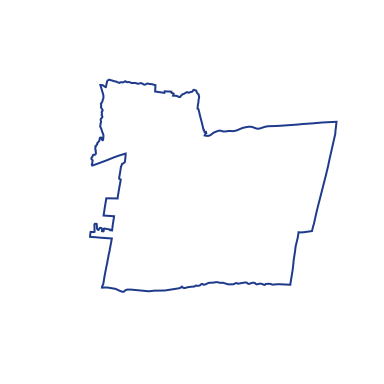 Bac Lieu, Bạc Liêu, Vietnam (orthographic projection), rotated 25°
{"feature_id": "81297802B6284379291034", "entity_name": "Bac Lieu", "entity_type": "district", "adm_level": 2, "iso_a3": "VNM", "parent_name": "Vietnam", "parent_adm1": "Bạc Liêu", "projection": "orthographic", "projection_center": [105.722, 9.268], "detail": "fine", "context": "isolated", "style": "outline", "palette": "blue", "viewbox_px": 384, "rotation_deg": 25, "n_neighbors": 0, "source": "geoboundaries", "source_scale": "gbopen_adm2", "svg_char_len": 5920}
<svg xmlns="http://www.w3.org/2000/svg" viewBox="0 0 384 384"><g transform="rotate(25 192 192)"><path d="M320.3,234.5L319.8,233.1L316.4,220.9L315.2,217.1L312.8,210.3L310.4,202.0L309.0,197.9L307.1,188.6L305.6,183.4L307.0,183.0L310.2,181.3L317.2,176.7L316.0,170.0L316.0,169.5L313.9,160.2L311.9,150.3L311.1,145.8L310.8,144.3L306.4,120.9L304.5,111.5L302.7,103.8L297.2,78.4L296.6,77.1L293.3,67.3L281.7,73.4L274.7,77.4L273.1,78.4L264.3,83.2L258.9,86.4L243.6,94.9L238.8,97.4L233.4,100.1L231.3,101.5L229.0,103.5L227.9,104.6L226.9,105.5L226.3,106.0L225.6,106.4L224.7,106.9L223.8,107.2L222.9,107.3L219.3,107.6L218.5,107.8L217.5,108.1L216.3,108.6L215.5,109.1L214.0,110.1L211.2,112.2L210.0,113.4L207.1,116.6L206.1,117.6L205.0,118.5L203.3,119.6L200.0,120.9L199.4,121.3L196.5,123.1L195.5,123.6L194.4,124.0L192.3,124.3L191.6,124.5L190.0,125.4L188.6,126.8L186.7,128.9L186.1,129.8L185.3,131.5L184.9,132.2L184.5,132.8L184.0,133.4L182.9,134.4L181.3,135.0L179.6,135.4L179.5,132.9L180.0,132.6L179.2,131.6L178.0,132.3L177.4,131.6L176.7,131.1L176.5,130.7L176.3,130.8L176.2,130.8L172.2,125.7L166.6,119.0L166.4,118.6L163.4,114.9L162.8,114.2L161.9,114.2L161.5,113.3L160.9,111.7L160.4,110.1L159.8,107.6L159.3,106.6L159.0,105.5L158.5,103.6L158.5,103.2L157.8,102.2L157.3,101.7L156.9,100.9L156.5,100.7L155.0,100.2L154.4,99.8L153.1,98.5L152.7,98.3L152.3,98.3L151.2,98.6L150.4,98.6L150.2,98.9L150.1,99.2L150.0,100.3L149.9,100.8L149.3,101.5L148.7,101.8L148.0,102.5L147.2,103.3L146.9,103.5L146.5,103.6L145.9,103.5L145.5,103.5L145.1,103.8L144.7,104.2L143.5,106.1L142.5,107.1L142.0,107.8L141.4,109.2L141.1,110.9L140.8,111.1L140.4,111.3L140.1,111.4L138.9,111.3L137.8,111.4L137.1,111.5L134.1,112.7L133.8,110.6L132.8,110.6L131.6,110.8L130.9,109.8L127.6,111.1L124.7,112.3L125.1,113.8L119.5,115.5L116.1,116.5L114.4,112.3L113.7,110.6L113.2,110.7L112.4,110.9L110.7,111.1L109.9,111.3L108.4,111.9L107.7,112.1L106.0,112.4L105.2,113.0L104.7,113.9L103.8,114.7L103.4,114.9L102.9,114.9L102.2,114.9L101.5,114.7L100.3,114.8L99.8,114.9L99.4,115.1L98.9,115.5L97.8,116.4L97.2,116.8L96.6,116.9L95.9,116.9L94.6,117.1L92.5,118.1L91.6,118.6L91.1,118.8L89.4,118.8L88.9,118.9L87.9,119.2L87.0,119.8L86.3,120.0L86.0,120.0L85.2,119.7L84.8,119.8L84.6,119.9L83.6,121.4L83.1,121.8L82.7,122.0L81.7,122.3L81.3,122.5L80.5,123.2L80.2,123.7L79.9,123.7L79.2,123.9L78.3,124.0L77.9,124.0L76.8,124.0L76.3,124.0L75.9,124.1L74.7,124.5L72.5,124.7L71.0,125.0L70.3,125.1L69.8,125.0L69.2,125.6L68.6,126.4L68.4,126.7L68.3,127.5L68.4,128.1L69.1,131.1L69.6,133.2L69.6,133.4L69.4,133.5L68.5,133.4L67.4,133.2L66.2,132.9L63.9,133.6L63.7,133.7L69.2,139.9L70.6,141.5L71.0,142.2L72.0,144.2L72.1,145.0L72.1,145.9L72.2,146.3L72.5,147.2L72.4,148.3L72.4,149.4L72.3,149.9L72.1,150.3L72.1,150.5L72.3,150.8L72.8,151.4L73.0,151.7L73.3,152.3L73.4,153.2L73.6,153.5L74.3,154.2L75.1,154.7L75.8,155.1L76.3,155.5L76.5,155.7L76.6,156.0L76.6,156.3L76.3,157.2L76.3,157.5L76.4,157.9L77.3,158.9L77.4,159.2L77.4,160.0L77.7,160.5L77.9,160.8L78.5,161.0L78.9,161.5L79.0,161.8L79.1,162.6L78.6,163.7L78.5,164.1L78.5,164.5L78.7,165.1L80.0,167.0L80.1,167.4L80.1,168.5L80.2,168.8L80.6,169.5L80.9,170.8L81.0,171.2L81.2,171.5L81.7,172.0L82.9,172.9L83.9,173.9L84.3,174.5L85.1,175.3L86.3,176.4L87.2,177.3L87.9,178.3L88.2,178.8L88.9,181.1L89.4,182.2L89.4,182.3L89.3,182.6L89.2,182.8L88.9,182.9L88.3,182.6L87.9,182.3L87.1,181.2L86.9,181.0L86.6,181.0L86.4,181.1L85.7,181.7L85.7,181.9L85.7,182.5L86.3,184.1L86.3,184.7L85.9,186.8L85.5,187.7L85.5,187.9L85.8,188.3L85.9,188.7L85.6,189.5L85.7,190.4L85.7,190.7L85.6,190.9L85.1,191.5L85.6,192.3L85.8,192.6L85.9,192.8L86.0,193.6L86.3,194.2L87.2,194.9L87.3,195.1L87.4,195.8L87.9,196.4L88.3,197.1L88.6,197.8L88.7,198.1L88.6,198.7L88.5,198.9L88.3,199.2L87.9,199.4L87.2,199.8L86.9,200.0L86.7,200.2L86.6,200.5L86.6,200.8L86.8,201.4L86.9,201.9L86.8,202.2L86.5,203.2L86.5,203.8L86.6,204.1L86.8,204.4L87.2,204.8L88.4,205.2L88.6,205.4L88.8,205.7L88.9,206.3L89.0,207.0L89.4,207.9L89.5,208.5L89.6,209.6L90.5,210.2L93.2,207.5L96.0,204.7L101.6,199.0L107.1,193.1L110.8,189.5L115.6,185.2L116.8,188.1L117.5,190.2L118.4,192.8L118.4,193.5L117.8,194.9L117.6,195.2L117.1,195.7L116.8,196.0L116.7,196.3L116.7,196.6L116.8,196.9L116.9,197.3L117.0,197.7L117.0,198.1L116.9,199.0L118.6,204.7L119.7,208.9L120.2,210.5L120.5,210.8L120.9,210.8L122.2,210.9L122.8,213.1L123.5,215.7L124.1,218.2L126.8,227.9L127.3,229.3L120.1,232.5L118.3,233.4L117.0,233.9L119.7,243.6L120.3,245.6L121.8,250.7L126.5,248.9L131.6,246.9L132.5,249.8L134.0,255.0L135.8,260.6L134.1,261.2L133.9,260.7L133.4,260.7L127.8,262.2L127.7,262.4L127.8,262.8L128.4,264.6L128.4,265.0L128.0,265.3L127.1,265.5L126.9,265.5L126.4,264.1L126.2,263.7L126.0,263.4L125.7,263.2L125.2,263.0L123.8,263.3L123.5,263.8L123.4,264.8L123.5,265.6L123.3,265.9L122.8,266.0L122.3,265.9L121.6,265.5L121.1,264.9L119.5,261.8L119.2,261.3L118.9,261.2L118.4,261.4L117.4,261.9L117.3,262.2L117.4,263.0L119.8,267.8L120.5,269.2L120.5,269.4L120.2,269.7L117.0,271.0L117.3,272.2L118.5,275.7L120.3,275.1L121.7,274.5L129.4,271.7L139.0,268.0L140.2,272.6L141.6,278.2L142.3,280.6L143.1,284.5L143.7,286.6L144.6,290.4L145.2,292.3L145.6,294.4L148.3,305.2L150.3,312.3L150.5,313.2L150.5,315.6L150.8,316.7L155.7,314.3L163.6,312.1L168.0,312.1L170.8,311.9L172.3,311.2L173.3,309.0L174.9,307.6L178.6,306.0L194.9,300.2L199.3,297.5L209.1,292.7L221.0,284.7L222.4,283.2L222.6,282.2L223.0,282.0L223.7,282.4L225.2,282.5L226.5,281.8L228.2,280.2L231.5,278.1L234.2,276.6L235.1,275.1L236.8,274.7L238.5,273.5L239.6,271.3L240.7,270.9L241.6,271.2L243.2,270.1L244.6,268.3L245.8,267.1L249.3,265.3L252.5,263.2L256.0,262.4L258.3,261.2L263.7,260.4L267.9,258.5L269.4,257.2L270.0,256.2L271.2,255.6L272.1,255.8L273.6,254.9L278.4,251.5L280.0,251.0L281.0,251.4L282.1,251.4L283.2,250.6L284.4,249.3L286.0,248.2L287.6,247.9L288.8,248.4L289.8,248.3L290.5,247.8L291.7,246.7L292.9,246.1L294.7,245.6L295.8,245.8L297.3,245.4L297.7,244.2L300.0,242.9L301.7,242.2L304.0,242.0L309.1,239.1L320.3,234.5Z" fill="none" stroke="#1e3a8a" stroke-width="2"/></g></svg>